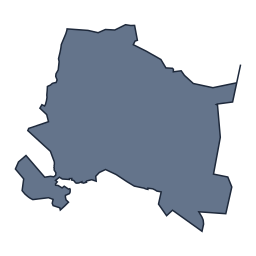 the district of Mubi North, Adamawa, Nigeria
{"feature_id": "59680162B22484757822523", "entity_name": "Mubi North", "entity_type": "district", "adm_level": 2, "iso_a3": "NGA", "parent_name": "Nigeria", "parent_adm1": "Adamawa", "projection": "mercator", "projection_center": [13.301, 10.352], "detail": "fine", "context": "isolated", "style": "filled", "palette": "slate", "viewbox_px": 256, "rotation_deg": 0, "n_neighbors": 0, "source": "geoboundaries", "source_scale": "gbopen_adm2", "svg_char_len": 1991}
<svg xmlns="http://www.w3.org/2000/svg" viewBox="0 0 256 256"><path d="M202.0,231.3L203.6,224.1L203.2,220.1L202.0,217.2L200.8,215.2L198.8,211.8L225.8,213.7L231.8,187.0L227.8,177.0L213.5,174.1L218.6,146.6L220.3,137.3L217.5,105.1L216.3,104.5L217.4,104.0L232.6,102.0L240.6,64.6L236.7,82.8L212.9,87.7L193.3,83.5L184.4,75.4L181.2,70.8L173.3,71.8L173.4,69.3L172.5,68.3L165.9,67.9L160.9,59.5L149.1,52.8L146.5,51.3L140.7,48.4L133.3,44.7L135.0,41.1L137.4,40.3L134.6,25.4L130.6,25.5L125.5,24.7L114.8,30.0L105.4,29.5L98.1,32.7L88.0,30.4L67.1,28.9L67.1,29.0L66.7,30.9L65.8,33.8L61.3,44.5L60.9,47.9L60.1,52.1L58.5,58.8L59.1,61.6L58.2,69.9L56.0,73.8L55.7,76.4L57.1,79.9L56.1,82.5L54.0,82.9L52.3,83.4L50.4,85.1L48.8,85.8L47.4,86.5L47.2,90.4L46.8,95.1L47.0,97.3L46.7,99.1L46.4,101.0L45.9,102.7L45.5,104.3L44.9,105.4L44.6,106.0L41.9,104.7L39.9,108.2L46.7,114.6L48.5,121.7L28.7,128.4L27.8,130.6L50.4,151.3L54.3,161.8L54.4,164.2L54.1,165.5L54.2,166.8L53.9,167.8L54.3,168.5L54.1,169.9L55.9,172.8L55.7,175.2L53.8,176.8L50.5,176.3L44.7,177.2L26.0,155.5L18.5,161.9L15.4,169.0L23.7,178.9L22.1,190.6L24.9,194.0L27.2,196.0L28.7,197.2L30.3,198.3L32.8,199.6L48.5,197.7L53.1,199.4L52.2,203.3L53.1,205.6L59.8,207.8L60.3,210.0L64.7,206.0L68.5,202.2L66.0,199.8L65.4,197.0L65.4,195.4L69.4,193.6L70.1,192.1L70.2,189.5L69.8,188.7L68.5,189.1L64.2,186.2L62.1,187.9L58.1,185.5L55.6,185.2L55.5,184.0L57.3,181.9L55.5,180.4L59.4,177.2L61.4,178.4L62.3,179.0L65.3,179.2L69.3,179.5L69.4,178.6L71.8,178.5L71.6,180.0L73.6,180.4L74.4,181.3L75.5,182.7L76.2,183.1L77.5,183.1L78.6,183.0L80.1,182.4L81.8,181.8L81.7,182.2L81.7,182.6L83.2,183.0L83.6,183.1L85.3,182.6L86.4,182.3L86.0,181.7L86.9,180.9L91.7,179.7L96.2,181.2L95.7,176.3L99.3,172.5L105.5,169.5L116.1,174.5L127.0,181.7L134.3,186.1L136.3,186.5L141.3,187.6L143.9,188.1L145.2,188.7L146.5,189.1L147.9,189.4L147.9,188.2L152.7,188.8L155.2,190.0L156.9,191.1L157.0,191.1L161.2,191.9L158.5,204.1L166.6,215.7L172.5,210.2L202.0,231.3Z" fill="#64748b" stroke="#1e293b" stroke-width="1.5"/></svg>